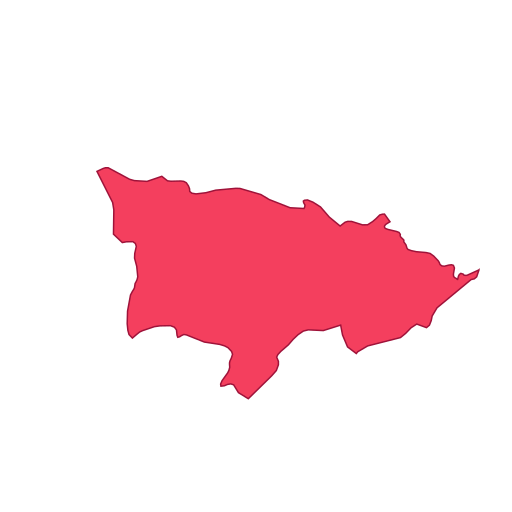 map outline of Tiranë (Albers equal-area conic projection), rotated 224°
{"feature_id": "ALB-1529", "entity_name": "Tiranë", "entity_type": "County", "adm_level": 1, "iso_a3": "ALB", "parent_name": "Albania", "parent_adm1": "", "projection": "albers", "projection_center": [19.744, 41.26], "detail": "fine", "context": "isolated", "style": "filled", "palette": "rose", "viewbox_px": 512, "rotation_deg": 224, "n_neighbors": 0, "source": "natural_earth", "source_scale": "10m", "svg_char_len": 2399}
<svg xmlns="http://www.w3.org/2000/svg" viewBox="0 0 512 512"><g transform="rotate(224 256 256)"><path d="M86.0,400.9L85.9,400.8L82.8,394.3L83.1,391.2L84.9,388.5L89.8,344.5L87.6,335.2L85.1,331.3L83.2,326.7L83.6,322.9L93.1,318.7L94.6,312.1L94.6,304.3L95.4,297.7L113.2,268.9L116.3,257.8L116.1,255.5L127.0,254.2L138.9,259.3L147.1,265.1L155.8,249.1L167.1,239.2L169.8,234.9L171.1,228.6L171.4,221.8L171.0,214.6L171.9,204.7L171.8,200.3L170.9,197.6L166.7,195.8L164.3,193.3L161.8,187.7L161.5,180.8L162.4,148.0L173.7,145.5L182.6,147.8L185.3,146.5L187.3,143.8L188.6,140.7L190.8,138.0L192.5,139.3L193.8,142.7L195.2,152.3L196.1,155.0L197.6,157.7L199.5,159.4L200.8,160.7L201.8,162.4L202.8,165.4L204.6,169.0L207.3,170.4L212.5,170.6L216.2,169.5L220.7,167.2L233.4,158.2L251.3,150.9L253.4,149.4L254.3,147.1L254.8,144.9L255.8,143.2L257.7,144.1L261.9,147.6L265.2,148.1L269.1,146.5L276.5,139.1L280.0,134.6L285.7,123.6L286.9,120.5L287.3,117.3L287.9,111.1L292.8,111.3L296.5,113.5L301.6,117.8L310.1,127.1L319.2,140.8L320.3,144.6L320.8,147.1L321.4,148.8L323.9,152.3L324.4,154.3L325.2,156.5L326.6,158.9L334.6,165.7L341.9,170.1L345.0,173.6L348.8,179.8L351.5,181.2L354.5,180.8L359.1,176.2L361.5,172.8L373.7,172.7L390.3,190.4L396.3,194.9L429.2,206.4L426.7,212.9L425.6,214.9L423.6,216.8L400.2,223.4L395.9,225.7L386.2,234.0L379.1,247.9L371.9,248.6L369.1,250.7L362.2,257.7L359.8,259.5L357.0,260.3L353.3,259.5L350.5,258.2L348.5,256.4L345.8,256.6L342.3,259.0L336.0,266.7L330.7,275.4L317.5,290.7L314.4,293.5L295.2,303.6L285.7,305.8L265.0,314.4L254.5,323.5L254.9,324.9L256.1,326.6L258.7,327.4L260.1,328.4L259.9,329.7L257.9,332.1L252.4,334.3L243.7,336.1L230.3,334.9L216.3,336.0L215.4,342.2L214.0,344.7L211.2,347.3L201.0,352.4L197.4,356.0L196.0,361.9L195.6,366.3L195.5,371.5L194.1,373.9L192.7,375.4L183.4,373.7L184.5,369.5L184.6,368.3L184.4,366.9L183.7,366.1L182.9,365.7L181.8,365.8L179.5,366.8L171.9,371.3L169.5,372.3L167.2,371.8L166.5,370.8L165.2,370.2L160.9,370.2L160.2,369.7L159.8,369.1L159.3,368.8L155.9,368.2L152.8,366.5L151.2,366.3L147.9,367.8L143.6,370.5L136.1,376.6L132.5,378.8L128.1,379.4L121.4,379.1L119.6,378.6L117.7,377.7L115.4,378.0L113.4,379.5L111.0,383.4L109.3,385.5L107.5,386.4L104.9,385.2L101.4,380.1L99.8,378.7L98.3,378.4L96.0,379.0L95.0,379.0L94.7,379.2L96.4,382.2L96.9,384.0L96.6,385.8L94.3,386.9L93.0,386.7L91.7,387.7L90.8,388.7L86.0,400.8L86.0,400.9Z" fill="#f43f5e" stroke="#9f1239" stroke-width="1.5"/></g></svg>